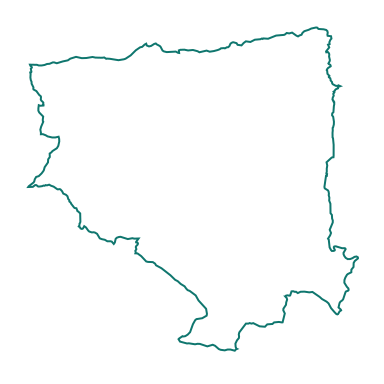 Villeta, Cundinamarca, Colombia, rotated 88°
{"feature_id": "7082276B61730001772347", "entity_name": "Villeta", "entity_type": "district", "adm_level": 2, "iso_a3": "COL", "parent_name": "Colombia", "parent_adm1": "Cundinamarca", "projection": "mercator", "projection_center": [-74.484, 5.006], "detail": "fine", "context": "isolated", "style": "outline", "palette": "teal", "viewbox_px": 384, "rotation_deg": 88, "n_neighbors": 0, "source": "geoboundaries", "source_scale": "gbopen_adm2", "svg_char_len": 5783}
<svg xmlns="http://www.w3.org/2000/svg" viewBox="0 0 384 384"><g transform="rotate(88 192 192)"><path d="M264.2,28.5L263.1,28.5L262.2,29.8L262.5,31.9L263.7,33.9L264.5,36.2L264.5,38.7L263.2,40.7L261.3,42.0L259.5,42.7L258.1,42.7L254.6,40.5L254.0,40.6L253.5,41.2L253.4,44.0L251.3,50.2L251.4,51.7L252.0,52.2L253.1,52.1L254.7,51.3L255.3,51.4L255.8,52.4L255.8,54.3L254.9,55.1L252.2,56.4L244.3,57.0L243.4,57.7L240.2,55.5L237.8,54.5L234.6,55.7L227.4,52.4L225.3,52.3L223.4,52.9L219.8,53.0L218.0,54.3L208.5,54.1L205.4,55.2L202.5,54.9L199.8,55.5L198.7,55.2L196.3,55.5L195.2,56.0L193.0,59.2L191.6,59.5L180.5,57.5L180.6,56.7L178.7,56.4L178.4,57.0L178.0,57.1L176.6,56.6L173.3,56.5L170.2,55.9L167.0,56.5L162.8,51.6L162.3,50.8L162.2,49.4L160.6,49.2L149.8,48.8L143.1,49.2L142.5,49.6L137.8,49.5L135.6,49.2L132.9,49.2L132.5,48.8L129.5,47.9L126.7,47.7L121.7,48.3L120.3,49.3L119.8,49.3L118.3,49.1L117.2,47.9L111.0,47.2L109.4,46.8L107.1,46.7L105.9,47.4L106.2,47.6L104.4,48.4L102.5,48.0L100.7,47.0L98.9,47.4L97.5,46.3L96.7,47.0L95.7,45.6L94.9,45.3L94.3,44.6L93.5,42.5L92.8,42.6L92.0,42.0L91.4,40.1L90.5,42.0L91.1,42.7L90.9,44.6L89.2,47.5L88.4,48.1L87.1,48.2L85.3,49.6L84.1,49.6L83.1,49.9L82.1,51.2L81.7,51.3L80.8,50.6L78.6,52.5L75.5,52.7L75.0,53.1L74.3,52.9L72.9,51.8L71.2,49.0L70.7,49.0L69.7,49.4L68.9,50.8L68.3,51.2L66.2,49.9L64.9,49.6L61.4,50.3L59.6,50.0L58.3,50.2L56.9,51.3L57.1,52.9L56.2,53.1L52.3,49.8L49.5,50.9L49.0,49.3L47.1,49.5L44.6,48.3L43.6,47.3L41.2,47.6L40.6,51.0L39.5,51.2L37.5,50.8L35.9,51.1L34.7,52.3L34.0,54.8L33.5,59.7L32.9,60.6L32.2,60.9L31.9,62.2L32.8,67.1L34.0,69.8L35.2,74.1L36.8,76.0L38.7,77.1L39.3,79.1L40.2,80.6L39.4,82.2L36.2,86.4L36.9,89.3L36.4,91.8L38.0,93.9L38.2,94.7L38.6,102.5L41.5,110.6L41.0,115.5L41.5,116.0L41.1,116.9L41.7,118.3L42.0,123.9L44.1,128.4L43.3,132.9L44.9,135.2L47.2,137.4L46.5,141.3L44.8,142.3L43.8,145.4L43.9,146.4L45.0,148.3L47.6,149.6L48.6,150.9L48.6,152.1L49.6,154.1L49.3,154.9L49.4,158.0L50.3,159.3L51.0,161.3L51.9,165.2L52.4,169.4L51.2,172.5L52.6,179.7L51.5,181.5L50.1,186.1L50.4,191.0L49.5,194.7L49.5,198.7L50.0,200.2L52.6,200.0L52.4,201.1L51.1,203.3L51.3,212.4L50.5,215.2L49.6,216.5L45.7,218.4L44.9,219.2L43.1,222.3L42.3,223.0L42.7,224.6L44.6,227.8L45.0,229.9L44.0,232.1L42.2,232.6L43.0,234.2L45.2,236.7L45.6,238.8L48.4,243.2L53.3,248.5L56.5,253.8L57.0,255.5L57.7,260.9L56.0,269.5L55.7,272.5L55.9,273.1L54.5,275.0L54.7,277.1L54.3,283.8L53.6,286.7L54.4,292.9L54.4,297.5L52.9,303.2L54.5,309.0L56.1,311.5L57.0,316.6L58.6,322.6L57.7,325.2L57.6,326.5L58.9,329.9L59.0,332.4L59.9,334.9L60.3,337.9L60.2,340.7L59.5,342.5L59.1,349.5L60.2,349.1L61.5,347.8L62.1,347.7L63.2,348.8L66.3,348.3L66.8,348.6L66.9,349.5L68.6,349.2L72.0,349.5L74.5,349.2L76.3,348.5L78.2,348.5L81.9,346.8L83.3,347.0L84.0,346.8L85.7,344.0L89.7,341.3L90.9,339.9L91.7,339.6L94.4,339.9L95.4,339.4L96.9,337.9L97.8,337.4L99.4,337.9L99.8,337.3L100.4,337.4L100.5,340.7L99.9,342.1L103.0,342.6L105.4,342.7L107.2,341.9L111.4,338.1L114.4,338.6L115.9,338.6L116.6,338.2L121.5,340.5L124.4,341.4L127.6,340.9L129.0,341.0L129.0,339.0L130.2,336.2L131.4,334.4L132.6,329.9L132.7,326.6L132.1,323.4L134.3,322.9L136.9,322.9L141.2,324.0L143.5,325.5L146.2,330.0L147.5,331.2L148.6,332.9L152.1,332.9L154.3,334.6L157.4,334.9L162.1,338.4L165.0,339.3L166.0,339.9L168.2,341.7L170.8,344.6L171.5,347.2L173.8,348.7L175.7,349.2L176.9,349.9L180.6,355.0L181.3,355.5L181.3,350.9L179.6,348.5L179.7,347.3L181.2,345.5L181.2,344.2L180.9,341.4L180.4,340.3L180.6,339.0L180.0,338.1L180.3,336.7L179.7,334.5L180.8,332.7L181.8,330.1L184.4,326.7L184.7,326.0L184.5,324.2L184.8,323.4L186.7,321.8L189.1,320.7L190.4,318.0L191.9,316.6L194.7,315.9L195.9,314.9L197.2,314.9L198.4,313.6L199.5,313.2L203.4,310.4L203.9,309.8L204.2,308.1L207.2,307.1L207.5,306.4L209.5,304.5L217.8,304.6L218.9,304.9L219.6,305.5L221.2,305.6L222.5,306.4L223.3,305.2L224.5,304.7L225.1,303.3L224.6,302.2L222.4,300.9L223.7,299.2L226.9,297.1L227.9,296.1L228.9,293.5L228.8,291.6L229.2,290.3L230.5,288.3L235.1,285.8L236.0,283.7L236.7,280.8L238.3,278.3L238.4,275.1L238.8,273.9L241.2,272.0L239.8,270.9L236.1,269.9L235.0,268.6L234.4,266.6L234.3,264.9L236.8,257.8L236.1,253.2L236.6,251.3L236.6,247.0L239.9,249.6L240.4,249.6L240.8,248.2L241.4,247.8L242.6,248.1L244.4,249.9L245.1,250.1L247.2,249.6L248.9,250.7L250.3,250.3L251.3,250.7L251.5,248.6L254.3,245.0L259.8,240.2L260.3,238.6L260.7,233.6L262.3,231.4L264.0,230.5L267.1,225.2L274.5,216.4L279.2,211.9L280.6,209.4L283.5,206.5L286.0,202.7L288.3,201.2L289.9,199.8L290.8,197.7L295.5,191.9L300.6,189.3L309.2,182.0L314.3,181.3L316.1,181.7L318.5,186.2L319.2,192.0L320.2,193.3L324.2,195.7L332.0,198.8L334.4,201.3L335.5,203.2L335.9,204.0L336.1,206.1L335.8,206.6L338.0,210.0L338.6,210.6L341.1,209.2L343.2,202.3L343.1,200.4L344.3,194.3L343.9,191.7L344.1,189.4L346.8,182.1L345.4,176.6L346.5,174.3L349.9,170.7L350.7,168.9L351.4,164.8L350.7,162.0L350.8,159.0L352.1,154.8L350.9,153.7L350.4,152.5L350.1,153.1L348.3,153.8L345.0,153.9L341.8,152.2L339.7,150.3L338.2,150.0L335.9,150.2L333.9,149.6L325.4,142.7L325.5,140.2L325.0,139.0L325.6,137.1L325.2,135.4L328.6,129.1L329.2,123.8L326.9,121.4L326.7,116.2L325.2,114.5L324.9,109.7L325.5,106.6L325.4,106.0L316.6,103.5L313.4,104.9L311.8,104.7L308.0,102.0L305.6,101.7L302.9,100.7L301.4,101.0L299.7,102.4L299.7,102.1L299.3,102.2L298.9,101.8L298.6,100.4L299.0,98.1L298.8,97.5L294.8,96.0L294.7,94.4L295.4,92.6L295.3,91.6L296.7,89.8L295.5,87.0L295.5,83.1L296.4,78.3L296.1,75.1L301.3,68.1L303.5,65.8L306.3,61.3L308.1,59.4L312.9,57.1L317.0,53.8L318.9,52.1L319.4,51.1L319.1,50.3L316.5,48.7L315.5,47.1L314.7,47.4L312.5,49.6L308.1,48.4L306.8,47.5L305.6,45.7L304.5,44.7L297.5,42.1L296.8,41.6L296.0,39.3L295.4,38.9L293.8,39.1L292.2,40.5L288.0,42.9L285.2,42.7L282.8,41.7L280.1,40.0L279.4,39.1L277.8,35.6L275.1,35.4L272.6,33.2L268.5,32.9L266.6,31.7L264.2,28.5Z" fill="none" stroke="#0f766e" stroke-width="2"/></g></svg>